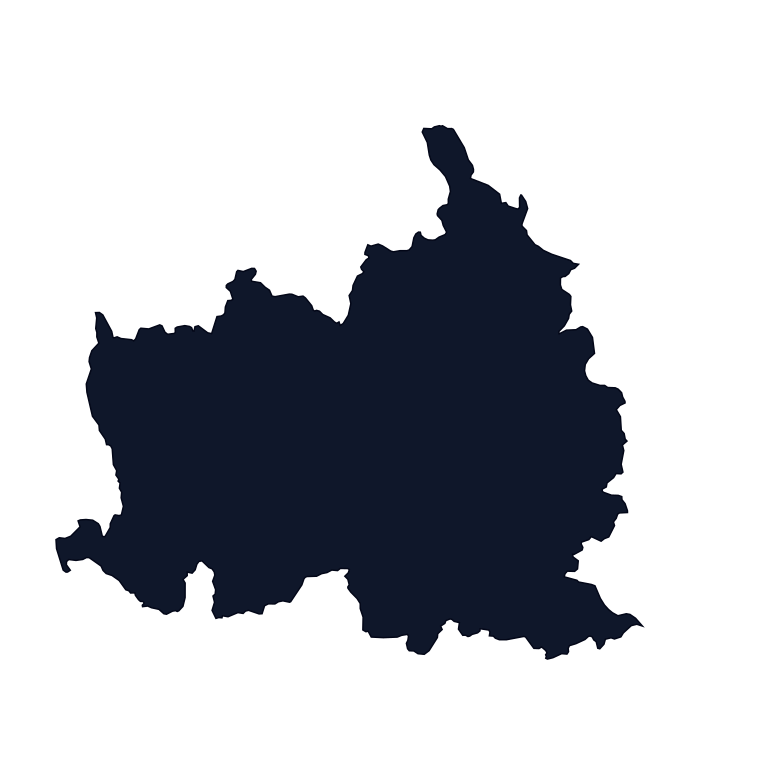 the border of Shan, rotated 280°
{"feature_id": "MMR-3277", "entity_name": "Shan", "entity_type": "State", "adm_level": 1, "iso_a3": "MMR", "parent_name": "Myanmar", "parent_adm1": "", "projection": "robinson", "projection_center": [97.631, 21.717], "detail": "fine", "context": "isolated", "style": "filled", "palette": "ink", "viewbox_px": 768, "rotation_deg": 280, "n_neighbors": 0, "source": "natural_earth", "source_scale": "10m", "svg_char_len": 6153}
<svg xmlns="http://www.w3.org/2000/svg" viewBox="0 0 768 768"><g transform="rotate(280 384 384)"><path d="M524.8,546.8L521.4,543.7L520.8,541.4L519.0,539.4L512.2,540.5L508.0,542.7L504.4,551.0L502.7,552.8L494.3,553.9L488.4,556.2L484.8,554.3L480.7,554.4L472.6,551.5L465.9,547.0L463.8,547.8L468.7,554.3L470.8,563.7L474.3,567.7L475.0,569.7L473.4,574.8L466.1,581.2L450.7,586.0L444.4,581.1L438.2,578.8L431.8,579.2L427.2,581.3L423.3,584.4L421.2,588.6L420.1,597.0L420.9,601.6L419.4,604.9L420.4,612.4L419.6,615.5L416.7,619.5L412.6,621.3L408.8,624.3L407.2,624.7L403.8,620.0L399.1,617.2L392.9,622.5L379.6,625.7L376.9,629.1L371.6,631.1L370.0,633.2L365.3,629.4L360.1,631.7L346.1,631.5L338.7,634.6L336.7,633.1L336.1,628.1L331.7,626.4L325.3,620.8L321.2,620.8L318.3,617.1L316.1,617.7L315.4,619.3L314.0,627.3L315.0,634.0L314.4,637.7L311.4,638.4L308.0,642.2L301.4,645.8L299.7,646.1L297.9,638.2L296.4,636.7L292.0,636.0L288.0,633.9L284.6,635.6L272.4,631.9L270.0,627.9L266.9,625.1L269.7,614.7L266.3,612.7L262.6,606.0L260.8,605.9L257.6,608.2L255.0,608.0L249.3,600.9L249.1,599.3L246.5,600.2L243.6,606.0L235.5,606.7L232.6,604.3L231.5,597.0L228.5,595.2L225.4,595.0L224.2,608.1L222.8,610.0L222.6,623.0L221.9,626.8L210.4,634.3L204.6,639.5L200.9,644.3L198.4,648.7L196.4,654.6L199.8,662.5L199.8,666.2L197.0,672.4L190.5,680.5L191.3,674.7L189.0,669.5L180.4,662.9L176.1,661.2L172.9,655.2L173.5,651.7L171.1,646.3L165.9,645.8L160.7,642.5L160.9,640.4L167.1,637.7L168.4,635.0L171.1,633.0L171.6,630.8L171.0,629.2L167.3,626.3L161.6,618.1L158.5,612.0L155.7,611.3L152.4,612.2L149.8,611.1L149.3,605.8L143.8,597.9L141.5,592.7L142.0,590.9L143.9,591.2L145.4,590.2L147.5,591.2L149.6,589.6L152.4,584.9L150.4,582.6L149.7,577.5L159.6,567.2L159.6,565.3L153.4,548.9L152.2,542.0L153.0,537.8L154.7,535.5L154.3,531.5L158.1,531.4L159.9,530.0L159.7,521.7L159.3,521.0L157.6,521.4L155.2,519.4L152.7,514.2L150.6,512.2L149.9,510.5L150.8,507.9L150.2,505.2L155.5,499.9L162.1,499.7L162.4,494.3L164.0,491.7L164.1,489.8L161.7,486.0L158.8,485.5L155.4,481.8L152.3,483.9L147.4,480.3L143.6,480.6L129.2,474.7L124.8,470.6L124.3,464.3L126.3,459.7L125.7,455.2L127.4,453.2L132.5,451.1L135.6,452.0L139.9,451.9L141.5,450.6L139.6,445.1L137.1,441.1L134.1,427.4L132.6,415.4L137.8,411.3L136.9,409.2L138.1,405.9L150.8,403.9L158.7,399.6L163.7,398.7L168.1,394.7L173.3,387.4L176.6,384.0L177.8,383.6L180.3,384.6L185.4,382.3L187.9,378.8L191.8,381.6L195.1,382.1L196.0,380.7L194.8,373.0L192.2,370.7L191.7,364.9L188.4,360.6L186.4,355.5L183.0,351.0L181.0,341.5L180.0,340.0L178.3,339.0L171.9,338.0L153.4,329.9L152.7,328.9L152.9,322.1L151.2,317.8L148.5,314.8L147.4,308.3L144.9,304.9L136.6,303.8L135.9,300.9L137.6,289.9L136.3,287.0L133.6,285.1L133.5,279.8L127.7,270.8L127.7,265.2L125.6,265.0L125.3,261.8L124.0,259.2L131.2,254.0L139.6,255.0L145.5,252.4L147.8,254.2L152.2,253.9L159.9,249.5L166.4,250.6L169.5,249.4L172.2,246.7L172.8,243.5L178.2,235.5L177.2,232.6L174.0,231.0L168.2,230.3L164.4,227.9L164.6,222.8L161.1,223.5L156.7,220.0L153.5,222.7L139.1,225.2L130.1,224.6L125.0,221.3L124.1,219.9L124.6,218.1L123.6,215.2L119.5,209.8L119.5,207.1L123.0,201.5L123.3,193.8L124.3,189.8L122.8,184.9L124.2,184.4L126.0,185.7L127.3,185.4L128.0,184.3L127.6,181.9L129.0,179.7L132.7,175.9L135.0,174.9L134.2,170.7L136.1,168.6L136.5,165.5L144.5,157.3L148.2,149.4L149.1,143.3L151.6,139.7L155.6,137.0L161.8,123.8L161.4,121.1L158.9,117.8L156.8,111.3L156.4,104.0L154.0,102.2L150.8,102.6L146.1,107.4L143.9,105.1L143.5,103.5L145.0,100.4L165.0,90.1L173.8,88.0L176.2,90.9L176.5,96.7L179.7,101.9L190.6,109.5L196.1,106.5L197.4,108.5L198.8,114.1L199.3,120.8L196.8,126.9L194.4,129.0L185.0,133.1L185.2,135.7L195.2,139.3L198.8,138.7L207.5,141.0L208.4,141.9L208.4,145.9L209.4,148.1L218.3,148.6L226.3,144.9L231.9,144.4L235.4,141.5L240.6,141.3L242.2,139.0L244.2,139.4L247.8,135.8L252.3,135.8L257.6,131.5L273.0,127.6L275.5,125.7L276.4,123.4L276.1,121.3L281.3,119.1L288.8,111.8L294.1,110.4L301.6,102.5L324.2,92.9L332.3,90.8L348.0,93.2L354.8,89.7L358.9,89.4L366.1,90.5L374.7,96.1L380.5,93.0L384.9,92.3L388.5,90.5L399.2,89.6L404.2,87.5L405.0,91.3L403.2,95.1L388.6,106.7L382.9,109.0L382.5,110.0L384.1,113.0L383.1,117.1L383.8,127.7L383.0,130.1L385.3,131.6L395.0,133.5L396.7,134.8L397.4,142.8L403.3,152.9L402.7,155.3L397.0,159.3L395.4,162.3L397.4,168.7L398.5,169.5L402.6,168.7L404.2,170.4L406.9,177.7L406.9,182.5L406.1,184.7L403.1,186.5L403.1,187.7L407.6,187.9L409.1,191.0L403.8,201.5L403.7,205.5L421.4,207.8L422.7,211.9L424.4,214.0L426.5,215.0L432.3,214.4L439.0,215.7L439.9,219.2L441.4,220.4L448.6,216.6L451.6,211.9L453.7,211.6L455.5,212.8L458.7,217.4L461.1,219.0L469.0,219.4L470.5,220.4L470.3,225.9L474.9,233.6L475.3,236.4L472.9,238.5L469.7,238.3L463.9,235.1L462.2,235.8L462.3,244.8L458.6,250.2L456.5,254.9L451.1,258.5L451.1,261.6L456.1,275.2L456.4,277.8L455.0,284.4L456.5,289.0L455.1,291.7L448.6,299.2L444.4,301.5L443.8,303.1L444.8,304.8L444.5,307.8L441.8,311.6L439.8,319.5L436.4,324.5L435.6,326.9L437.3,328.9L434.1,330.7L436.4,333.3L445.5,336.9L457.4,337.4L465.1,334.3L470.6,336.7L475.7,336.4L485.7,339.1L488.9,343.5L491.0,344.7L493.1,342.0L495.2,340.8L503.3,344.9L505.5,347.3L507.7,346.2L508.3,342.7L510.3,342.4L518.3,343.9L517.5,347.2L520.8,354.0L519.7,358.7L516.1,367.5L515.8,370.3L518.1,376.7L519.3,383.5L520.4,385.5L524.2,387.8L533.2,388.0L537.3,389.3L539.6,391.6L539.8,393.4L536.8,394.7L534.6,398.4L533.6,402.3L534.1,407.0L534.9,409.5L538.2,412.7L541.8,418.3L544.4,419.3L550.4,414.8L555.2,412.6L559.1,407.5L560.7,406.8L565.1,407.1L566.8,408.2L570.0,411.1L571.5,415.0L572.9,416.0L577.2,415.2L585.1,416.0L590.3,414.3L599.0,408.5L604.5,402.0L608.7,395.1L612.7,391.3L617.2,388.9L629.4,384.7L638.8,377.9L642.6,378.8L643.6,386.7L645.9,388.9L648.0,393.7L647.8,395.4L648.5,396.8L646.5,402.2L647.3,406.3L646.8,408.1L630.7,422.0L619.4,428.1L614.7,433.1L610.8,434.9L608.4,435.2L604.7,433.4L601.4,433.5L597.7,452.1L591.0,464.9L582.3,468.2L583.8,472.5L580.8,475.4L579.7,483.0L579.5,485.4L581.4,486.9L590.8,485.1L593.9,485.9L593.9,486.6L588.3,491.9L581.7,495.0L565.5,492.1L563.5,492.5L559.8,497.7L555.7,499.0L547.4,508.5L546.4,512.1L543.3,517.7L540.9,526.7L538.0,546.2L535.7,549.4L535.7,554.8L531.1,551.6L529.0,548.1L524.8,546.8Z" fill="#0f172a" stroke="#020617" stroke-width="1.5"/></g></svg>